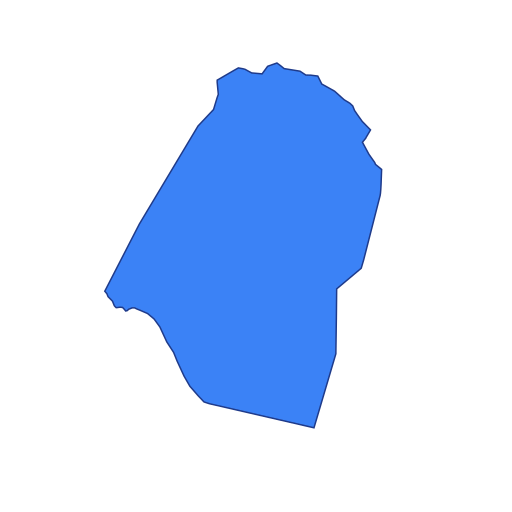 City Gate, Castries, Saint Lucia, rotated 68°
{"feature_id": "8701671B55145671844028", "entity_name": "City Gate", "entity_type": "district", "adm_level": 2, "iso_a3": "LCA", "parent_name": "Saint Lucia", "parent_adm1": "Castries", "projection": "natural_earth1", "projection_center": [-60.982, 14.021], "detail": "fine", "context": "isolated", "style": "filled", "palette": "blue", "viewbox_px": 512, "rotation_deg": 68, "n_neighbors": 0, "source": "geoboundaries", "source_scale": "gbopen_adm2", "svg_char_len": 1291}
<svg xmlns="http://www.w3.org/2000/svg" viewBox="0 0 512 512"><g transform="rotate(68 256 256)"><path d="M437.0,266.6L376.6,218.6L343.8,204.8L317.6,193.9L316.7,193.5L306.8,163.1L306.1,162.5L299.9,157.6L247.7,119.2L246.5,118.3L244.3,117.0L240.9,115.3L236.4,113.2L222.8,107.1L215.8,110.9L213.8,110.9L212.9,111.1L204.0,113.2L190.4,114.7L187.9,110.1L187.2,109.4L186.7,108.7L182.0,102.6L171.0,107.1L163.1,109.0L158.1,110.1L153.1,110.1L149.6,111.7L144.2,115.7L142.4,116.6L132.6,121.4L128.1,125.0L121.2,130.6L112.3,131.3L108.9,137.4L106.9,142.0L101.1,146.0L97.1,152.6L96.5,153.6L92.8,159.7L88.8,161.9L84.9,164.3L84.5,172.5L84.5,174.2L89.4,182.1L84.6,191.5L83.7,192.2L80.8,194.6L78.8,196.2L77.4,198.1L75.0,201.9L75.8,207.9L78.4,226.1L80.3,226.9L92.0,230.4L94.7,232.8L104.3,240.5L113.7,261.0L119.0,268.0L182.6,352.1L232.0,409.4L235.1,408.4L238.3,408.4L241.4,407.1L244.1,406.0L246.6,406.0L249.0,406.0L250.4,405.5L251.5,405.0L251.9,403.9L252.1,402.9L252.6,401.1L253.7,399.0L255.7,398.2L258.2,397.4L258.4,395.6L257.7,394.2L257.7,392.2L257.7,390.3L258.6,388.0L260.4,386.4L262.9,383.8L268.7,378.1L276.2,374.1L285.8,371.7L302.2,370.9L314.5,368.5L324.0,368.5L340.4,367.7L352.0,366.1L363.6,362.1L371.8,358.9L375.2,354.9L376.3,353.4L437.0,266.6Z" fill="#3b82f6" stroke="#1e3a8a" stroke-width="1.5"/></g></svg>